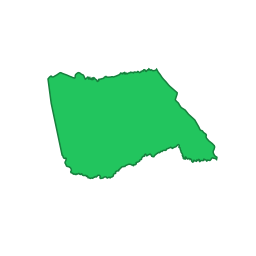 Ngauma, Niassa, Mozambique (Robinson projection), rotated 26°
{"feature_id": "85939544B1529593178446", "entity_name": "Ngauma", "entity_type": "district", "adm_level": 2, "iso_a3": "MOZ", "parent_name": "Mozambique", "parent_adm1": "Niassa", "projection": "robinson", "projection_center": [35.668, -13.833], "detail": "fine", "context": "isolated", "style": "filled", "palette": "green", "viewbox_px": 256, "rotation_deg": 26, "n_neighbors": 0, "source": "geoboundaries", "source_scale": "gbopen_adm2", "svg_char_len": 5814}
<svg xmlns="http://www.w3.org/2000/svg" viewBox="0 0 256 256"><g transform="rotate(26 128 128)"><path d="M34.6,119.0L48.1,139.4L80.7,181.3L81.5,181.5L82.8,182.8L83.6,183.2L84.4,183.1L84.9,182.6L85.3,182.3L85.8,182.5L86.4,184.3L86.4,186.2L86.7,187.0L87.7,187.7L89.4,189.1L90.1,189.2L91.8,188.8L93.4,188.9L94.5,189.5L95.4,190.4L95.7,191.1L95.7,192.4L96.3,193.1L98.2,193.0L98.8,193.1L99.0,193.4L99.4,193.3L100.2,192.8L101.0,192.9L101.4,192.4L101.8,192.4L101.8,191.9L102.9,191.5L103.2,190.9L103.6,190.5L104.1,190.4L104.2,190.6L105.2,190.7L105.6,190.6L105.9,190.0L106.1,189.9L106.4,189.5L106.8,189.6L106.9,190.0L107.7,190.1L108.1,190.3L109.2,190.1L109.7,189.7L110.8,189.1L111.2,189.2L111.8,189.7L112.0,189.6L112.3,189.1L112.5,189.1L112.8,189.5L113.4,189.5L113.6,189.7L113.8,190.2L114.0,190.2L114.1,189.8L114.3,189.7L116.0,189.9L116.3,189.8L117.0,189.0L118.4,188.6L118.6,187.7L119.1,187.1L119.3,187.1L119.5,186.9L119.7,186.2L119.9,186.0L120.6,186.1L120.9,186.0L121.3,185.2L121.5,184.0L121.9,183.6L122.9,183.1L123.2,183.1L124.3,183.6L124.4,184.5L124.6,184.9L125.2,185.4L125.6,185.3L127.5,183.9L128.1,182.6L128.9,181.9L129.8,181.6L130.5,182.0L131.4,182.0L132.4,180.7L132.7,180.5L133.8,180.7L134.2,179.8L135.3,178.7L135.8,177.5L135.4,176.4L135.5,175.6L135.8,174.9L136.4,174.6L136.7,174.1L136.5,173.4L136.1,173.0L136.2,172.4L137.1,171.3L137.9,171.0L138.4,170.4L138.4,170.1L138.0,169.8L138.0,169.5L138.7,168.4L138.8,167.4L139.2,166.9L139.6,165.6L140.2,165.1L140.7,164.9L141.0,164.5L142.1,163.9L142.3,162.9L142.7,162.4L144.4,160.4L145.2,159.9L146.0,159.7L146.6,159.4L147.7,159.6L148.6,159.3L149.0,159.5L149.5,159.4L149.5,159.1L149.2,158.9L149.2,158.5L150.6,157.8L150.9,157.4L151.1,156.5L150.9,156.1L150.6,155.9L150.5,155.5L152.0,154.0L152.9,152.6L152.9,152.4L152.7,151.6L153.0,151.1L153.6,150.6L153.8,150.1L153.5,149.4L153.6,147.7L153.8,147.2L155.0,146.3L155.1,146.0L155.0,145.6L154.7,145.6L154.7,144.8L155.0,144.1L155.3,143.8L155.7,144.2L156.6,144.3L156.8,144.8L157.1,144.7L157.6,144.1L158.2,142.8L158.8,142.5L159.2,141.7L159.4,141.7L160.7,142.3L161.0,142.2L161.7,143.0L162.0,142.9L163.0,142.9L163.8,142.5L164.0,140.9L165.1,138.4L165.7,137.6L166.0,136.8L166.4,136.5L166.9,136.5L167.2,136.3L167.5,135.7L167.5,135.0L167.6,134.8L168.3,134.3L168.9,134.2L169.1,133.2L169.4,132.9L170.3,132.1L171.2,131.9L171.8,131.3L172.0,131.1L171.8,130.4L171.9,130.0L172.6,129.3L174.9,126.5L175.5,126.8L176.1,126.5L176.7,126.9L176.9,126.8L177.8,125.3L179.3,123.8L180.1,121.4L180.6,120.8L180.9,120.8L181.7,121.2L182.0,121.7L182.0,122.3L182.1,122.9L182.6,123.1L183.0,122.9L183.4,123.0L184.7,124.7L185.6,125.3L186.0,126.1L186.3,126.4L188.5,127.7L188.9,128.9L189.3,129.2L189.6,129.0L189.8,129.1L189.9,129.7L190.5,130.0L190.7,130.7L191.2,130.5L191.5,130.6L191.7,131.1L191.9,131.2L192.1,130.8L193.0,130.9L193.3,130.6L193.3,129.9L192.4,129.4L192.3,129.0L192.5,128.8L192.9,128.8L194.0,129.5L195.4,129.7L195.7,128.9L195.9,128.8L197.0,128.5L197.5,129.1L198.0,128.4L199.0,128.7L199.4,129.5L199.7,129.8L201.0,130.3L201.2,129.9L201.6,129.7L201.6,129.4L201.3,128.4L201.4,128.1L201.9,128.0L202.6,128.2L203.3,128.0L203.9,128.0L204.2,127.9L204.2,127.4L203.9,127.1L203.9,126.6L204.8,126.5L205.2,126.0L205.1,125.4L205.4,125.2L206.0,125.2L206.7,126.5L206.8,126.7L207.1,126.8L207.3,126.6L207.0,126.4L206.9,126.1L207.1,125.8L208.5,124.9L209.4,124.6L210.3,124.0L210.3,123.6L209.8,123.1L209.8,122.8L209.9,122.7L212.2,122.6L213.1,123.2L213.3,123.2L213.5,122.8L213.6,122.1L213.7,121.9L215.8,121.3L216.1,120.8L216.6,118.4L216.8,117.9L217.0,117.8L218.8,117.5L219.9,117.1L221.4,117.5L221.0,115.9L220.7,115.3L218.8,115.1L217.8,114.7L216.6,113.9L215.3,112.7L214.7,111.3L214.7,109.4L214.3,107.4L214.0,106.8L213.3,106.1L210.7,105.1L206.2,104.1L203.4,102.9L202.6,102.4L202.2,101.9L201.9,101.5L201.5,100.0L200.7,99.4L197.9,98.9L196.2,98.0L195.3,98.0L194.7,98.2L194.0,98.1L193.4,97.9L191.1,96.0L184.5,91.5L176.3,89.1L171.5,86.8L166.8,86.3L164.0,84.7L163.0,83.9L162.1,83.4L160.4,82.9L158.7,82.3L158.1,81.8L157.8,80.0L157.3,76.2L157.0,75.3L156.7,74.7L147.3,72.2L145.4,71.5L141.7,69.8L138.5,68.6L136.5,67.7L133.3,65.8L130.6,64.5L127.9,62.6L127.7,63.6L127.1,64.4L125.4,65.6L123.3,65.5L123.0,66.2L122.7,66.4L122.4,66.3L121.7,65.9L120.8,65.7L120.7,67.0L120.2,67.1L120.0,67.4L119.9,68.0L119.7,68.5L119.6,69.1L119.4,69.2L119.0,69.2L118.4,68.6L117.8,68.4L117.0,68.5L116.6,68.9L116.6,69.2L116.9,69.8L116.7,70.0L115.9,70.3L115.6,71.0L115.0,71.3L114.9,72.4L114.6,72.6L114.2,73.1L113.8,73.2L112.5,72.8L112.1,72.9L111.9,73.0L111.7,74.0L110.8,74.4L109.5,74.7L108.9,75.2L108.8,76.0L107.8,76.1L107.3,76.4L106.8,76.4L106.3,76.8L105.9,76.7L105.6,77.1L105.5,77.6L104.5,78.3L103.6,79.6L103.4,79.8L102.8,79.4L102.5,79.5L101.9,80.6L101.7,80.7L101.3,80.7L101.1,80.1L101.1,79.7L100.9,79.5L100.6,79.5L100.0,80.4L99.5,80.7L99.7,81.3L99.6,81.5L99.0,81.8L97.5,81.7L97.3,81.9L97.1,83.3L96.9,83.8L94.5,86.6L92.6,88.5L91.7,88.7L91.0,89.0L89.5,90.2L88.8,90.5L88.7,90.7L88.3,90.9L87.6,91.1L87.4,91.3L86.2,91.6L85.7,91.3L85.0,91.8L84.8,92.5L84.4,93.0L84.4,93.7L83.9,94.4L83.0,95.0L82.3,95.9L81.5,96.2L81.2,96.8L80.8,96.9L80.6,97.0L80.7,97.5L80.4,97.5L80.4,97.8L80.8,98.4L80.5,98.7L80.4,99.3L80.2,99.5L79.6,99.4L78.8,98.7L76.9,98.3L76.2,97.9L75.2,97.7L75.1,97.9L75.3,98.5L75.4,99.6L75.2,99.9L74.4,99.3L74.0,98.8L73.9,98.7L73.7,98.9L73.7,99.5L73.7,100.5L72.9,100.5L71.7,99.5L71.6,100.8L71.4,101.1L71.1,101.0L70.8,100.7L70.8,100.4L70.4,100.0L70.0,99.8L69.6,99.8L69.3,100.1L69.2,100.5L69.1,101.2L68.2,102.8L65.1,100.3L64.4,100.0L62.7,100.1L60.7,99.7L59.5,99.8L58.9,100.2L58.5,100.7L57.9,101.9L57.6,102.8L57.5,103.5L57.8,104.5L58.3,105.7L58.2,106.4L58.0,106.6L56.1,106.9L54.8,106.9L53.3,107.1L50.1,107.2L45.2,107.7L43.7,107.7L43.0,107.9L42.5,108.4L40.4,112.1L39.8,112.8L38.8,114.5L38.2,115.0L37.3,115.4L36.5,115.0L35.9,115.2L35.2,116.6L34.7,118.6L34.6,119.0Z" fill="#22c55e" stroke="#15803d" stroke-width="1.5"/></g></svg>